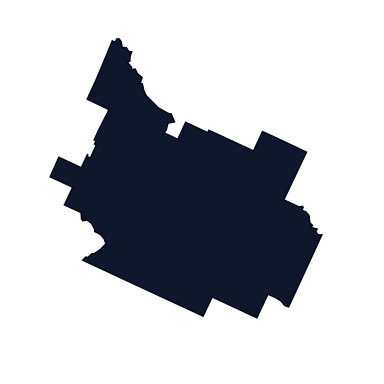 Cascade, Montana, United States of America (Natural Earth projection), rotated 205°
{"feature_id": "52423323B67185663060942", "entity_name": "Cascade", "entity_type": "district", "adm_level": 2, "iso_a3": "USA", "parent_name": "United States of America", "parent_adm1": "Montana", "projection": "natural_earth1", "projection_center": [-111.168, 47.258], "detail": "fine", "context": "isolated", "style": "filled", "palette": "ink", "viewbox_px": 384, "rotation_deg": 205, "n_neighbors": 0, "source": "geoboundaries", "source_scale": "gbopen_adm2", "svg_char_len": 1284}
<svg xmlns="http://www.w3.org/2000/svg" viewBox="0 0 384 384"><g transform="rotate(205 192 192)"><path d="M130.7,276.6L153.6,276.6L153.6,255.2L202.7,255.1L202.7,252.4L227.2,252.4L227.1,233.7L242.2,233.8L241.6,237.5L242.9,244.2L237.5,248.2L243.8,253.9L247.1,253.1L258.5,254.1L274.6,260.1L278.7,263.8L282.7,269.0L285.0,268.6L285.6,274.7L291.6,276.2L295.4,279.4L298.3,277.4L299.6,279.5L305.5,282.3L303.7,284.2L305.7,289.8L305.8,293.5L308.8,292.6L312.5,295.1L316.3,293.4L319.8,298.4L323.1,300.0L324.9,298.7L324.9,295.3L328.1,295.3L327.1,274.0L326.3,252.7L326.2,231.8L302.0,231.6L302.7,210.2L302.7,197.8L300.6,197.8L300.6,194.2L298.6,194.2L298.5,179.8L301.6,179.8L302.6,182.4L302.6,167.2L327.3,167.2L327.1,153.1L326.9,145.8L302.1,145.9L302.2,126.4L283.9,126.5L280.8,121.1L278.8,119.8L275.4,122.3L269.7,121.1L264.3,117.0L263.5,115.1L257.2,114.9L251.8,112.5L248.1,108.6L250.5,101.7L254.5,94.7L256.6,93.8L258.6,88.7L260.8,88.1L262.2,84.0L179.0,84.1L133.5,84.2L129.5,84.2L129.4,105.4L80.1,105.4L80.0,131.4L72.4,131.7L65.2,130.9L60.1,128.3L55.9,128.7L56.2,208.0L59.8,206.4L63.2,208.5L62.9,211.3L69.1,210.1L68.8,212.7L72.2,213.8L76.0,220.1L80.2,222.0L84.8,222.0L84.8,225.1L85.8,225.6L88.9,223.7L105.5,223.7L105.1,276.5L130.7,276.6Z" fill="#0f172a" stroke="#020617" stroke-width="1.5"/></g></svg>